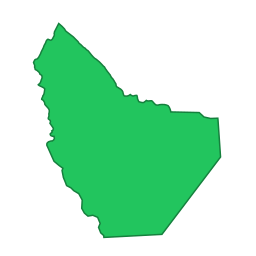 outline of Nkue, Kié-Ntem, Equatorial Guinea, rotated 87°
{"feature_id": "11065452B3926826010895", "entity_name": "Nkue", "entity_type": "district", "adm_level": 2, "iso_a3": "GNQ", "parent_name": "Equatorial Guinea", "parent_adm1": "Kié-Ntem", "projection": "orthographic", "projection_center": [10.46, 2.021], "detail": "fine", "context": "isolated", "style": "filled", "palette": "green", "viewbox_px": 256, "rotation_deg": 87, "n_neighbors": 0, "source": "geoboundaries", "source_scale": "gbopen_adm2", "svg_char_len": 4106}
<svg xmlns="http://www.w3.org/2000/svg" viewBox="0 0 256 256"><g transform="rotate(87 128 128)"><path d="M236.0,157.8L236.0,157.7L236.0,130.0L236.0,128.3L236.0,99.7L202.6,71.5L202.1,71.1L161.8,37.1L124.6,37.7L122.9,37.8L122.8,45.0L121.0,51.5L116.3,56.1L114.2,84.4L112.9,84.6L111.6,84.9L109.5,85.7L107.8,86.8L107.1,88.3L106.5,90.4L106.3,92.9L106.3,94.1L106.4,95.6L106.7,96.6L106.7,96.9L106.7,97.2L106.5,98.6L106.4,98.7L106.4,98.8L106.3,99.0L106.1,99.3L104.7,100.6L102.4,102.4L102.0,103.1L102.0,104.5L102.1,106.3L102.0,106.6L102.0,106.9L101.6,108.0L101.4,108.3L101.7,108.6L101.9,108.8L103.2,110.7L103.2,110.8L103.3,110.9L103.3,111.1L103.4,111.4L103.4,111.5L103.3,112.8L103.2,113.0L102.6,115.1L102.4,115.4L102.3,115.6L102.2,115.7L102.2,115.8L101.9,115.9L101.7,116.1L99.4,116.9L99.2,116.9L99.0,117.0L98.0,117.0L96.4,117.3L96.0,117.4L95.8,118.0L96.0,119.8L96.3,121.0L96.3,121.5L96.2,121.8L96.1,122.0L95.4,123.2L95.3,123.3L95.2,123.4L94.8,123.9L94.7,124.0L95.4,125.1L95.5,125.3L96.0,126.8L96.0,127.1L96.1,127.4L95.9,129.3L95.9,129.6L95.8,129.8L95.7,130.0L95.5,130.3L95.3,130.4L95.1,130.5L94.9,130.6L92.9,131.1L92.7,131.1L91.6,131.3L90.5,131.8L89.4,132.7L88.7,133.4L88.1,134.4L88.0,134.5L87.2,135.6L86.4,136.9L86.1,137.1L85.9,137.3L85.5,137.5L85.2,137.6L84.0,137.7L83.0,137.9L81.9,138.6L81.7,138.7L80.2,139.4L79.0,140.1L78.1,140.6L76.5,142.0L76.3,142.0L76.2,142.2L74.1,143.0L73.1,143.8L72.0,144.5L70.4,145.7L70.3,145.8L70.2,145.8L68.9,146.6L67.7,147.4L67.5,147.5L65.8,148.3L64.8,149.5L64.7,149.5L62.9,151.0L60.5,153.1L57.8,156.0L56.6,157.7L56.4,157.9L55.1,159.1L53.1,160.7L50.0,162.9L48.7,163.9L47.7,165.3L47.5,165.5L47.3,165.7L46.1,166.6L45.2,168.1L45.0,168.3L44.8,168.5L42.1,170.9L41.0,172.3L40.7,172.5L39.1,173.4L36.7,175.6L34.2,177.8L28.1,184.9L27.8,185.1L27.6,185.3L25.8,186.2L23.1,188.5L20.0,191.7L28.1,196.4L28.6,196.5L28.9,196.5L29.7,196.8L30.8,196.7L31.1,196.7L31.5,196.8L32.7,197.3L32.8,197.4L32.9,197.5L33.9,198.1L35.0,198.7L35.2,198.9L35.4,199.0L35.9,199.6L36.0,199.7L36.1,200.0L36.2,200.3L36.3,200.5L36.2,200.8L36.2,201.1L35.2,203.2L35.3,203.7L35.6,204.1L36.8,205.1L38.7,205.9L38.8,205.9L38.9,206.0L41.1,207.4L43.9,208.6L44.0,208.7L47.7,210.8L49.4,211.5L49.5,211.6L52.5,213.4L52.7,213.5L52.8,213.6L53.9,214.7L54.0,214.7L54.2,215.0L54.3,215.3L54.4,215.5L54.6,216.6L55.0,217.4L55.9,218.0L57.0,218.6L57.6,218.9L58.6,218.6L60.7,217.9L60.8,217.9L61.2,217.9L61.5,217.9L61.6,218.0L62.0,218.1L62.5,218.1L63.3,217.8L63.5,217.8L63.7,217.7L64.7,217.6L64.8,217.5L64.8,217.4L65.6,216.1L65.8,215.8L67.8,213.8L68.2,213.6L68.5,213.5L68.6,213.4L69.4,213.3L70.0,212.7L70.6,211.8L70.8,211.6L71.0,211.4L71.5,211.3L71.8,211.2L73.1,211.2L73.5,211.2L73.8,211.3L75.2,212.0L77.1,212.7L77.3,212.8L78.5,213.5L78.8,213.7L79.1,214.0L79.8,215.1L80.1,215.4L80.3,215.3L81.1,214.3L82.2,212.2L83.2,210.5L83.3,210.4L83.4,210.2L83.8,209.7L84.1,209.5L84.5,209.3L84.5,209.2L84.9,209.2L85.2,209.2L85.3,209.2L87.8,209.7L89.5,210.1L89.8,210.3L90.8,210.8L91.1,211.1L91.3,211.3L92.3,211.6L92.5,211.7L93.3,212.1L93.9,212.5L94.7,212.7L94.9,212.7L95.1,212.4L95.2,212.2L95.3,212.0L96.0,211.2L96.3,211.0L96.4,210.9L97.7,210.2L98.0,210.1L98.3,210.0L100.0,209.8L100.8,209.3L103.9,206.8L104.0,206.7L105.4,205.9L105.8,205.8L106.2,205.7L107.9,205.8L108.1,205.8L108.3,205.9L109.6,206.3L111.1,206.3L111.3,206.3L111.6,206.3L112.9,206.7L113.0,206.8L113.9,207.1L114.7,207.1L115.1,206.7L115.6,206.1L116.1,205.6L116.4,205.4L116.8,205.2L117.2,205.2L117.5,205.1L118.5,205.4L118.9,205.6L119.2,205.7L123.9,202.8L124.7,202.6L126.1,203.0L126.9,204.3L127.7,204.0L128.1,204.0L128.7,204.6L129.2,205.4L129.8,206.0L130.5,206.0L131.5,205.5L131.9,204.8L132.4,203.5L132.5,202.4L132.8,202.5L133.9,202.1L134.6,202.1L136.0,202.8L137.0,204.3L136.9,205.4L137.5,207.8L138.1,208.8L138.9,209.6L139.8,209.9L140.6,209.9L141.3,209.9L142.1,209.5L143.9,208.8L157.4,203.6L161.9,198.7L164.8,195.1L167.0,196.1L174.1,195.1L180.3,192.9L180.6,192.9L182.3,192.3L184.8,188.1L187.7,185.5L191.0,180.6L197.5,177.5L205.8,178.4L210.7,176.0L213.9,172.6L213.3,167.7L215.6,163.0L221.8,160.8L225.7,162.6L231.3,160.7L234.1,157.9L236.0,157.8Z" fill="#22c55e" stroke="#15803d" stroke-width="1.5"/></g></svg>